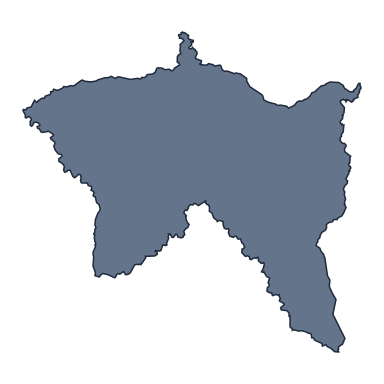 the district of Sant'Ana do Livramento, Rio Grande do Sul, Brazil
{"feature_id": "56859067B62565689468111", "entity_name": "Sant'Ana do Livramento", "entity_type": "district", "adm_level": 2, "iso_a3": "BRA", "parent_name": "Brazil", "parent_adm1": "Rio Grande do Sul", "projection": "robinson", "projection_center": [-55.556, -30.804], "detail": "fine", "context": "isolated", "style": "filled", "palette": "slate", "viewbox_px": 384, "rotation_deg": 0, "n_neighbors": 0, "source": "geoboundaries", "source_scale": "gbopen_adm2", "svg_char_len": 5882}
<svg xmlns="http://www.w3.org/2000/svg" viewBox="0 0 384 384"><path d="M350.8,168.0L350.4,166.6L349.1,165.9L348.7,163.7L349.7,163.1L350.1,159.2L349.7,158.4L350.7,156.3L344.7,151.7L344.5,148.8L346.2,145.9L345.7,144.6L344.4,143.4L342.4,143.3L340.1,140.6L340.4,139.5L339.8,138.5L341.6,136.2L341.3,134.5L343.2,132.0L343.9,124.9L342.0,125.0L342.2,124.0L340.6,123.6L340.2,121.4L342.7,118.5L342.5,116.5L343.2,115.7L342.4,115.2L344.0,112.8L344.4,107.5L340.8,103.1L340.2,100.9L343.3,99.3L345.7,100.8L346.0,101.8L346.9,100.4L346.5,99.7L347.2,99.5L351.7,102.1L353.7,100.5L353.3,99.4L358.0,97.3L357.8,95.1L359.3,92.6L360.0,89.3L361.0,88.4L360.9,86.8L360.0,85.6L360.1,83.5L359.1,83.3L358.1,84.3L356.2,88.3L353.6,90.4L353.5,91.6L350.0,92.0L344.4,88.2L343.2,85.4L338.6,82.5L330.0,82.0L325.9,83.9L325.1,85.1L321.0,86.0L314.4,92.1L311.9,92.7L309.9,96.2L306.6,99.1L304.6,99.4L302.0,101.2L299.6,100.9L297.2,101.9L294.4,105.2L292.0,106.6L288.4,108.1L286.6,106.2L280.5,105.1L277.4,105.4L275.7,104.1L268.6,102.3L264.0,100.2L262.7,95.8L261.6,94.5L249.8,86.7L246.7,81.0L246.7,78.4L240.3,73.8L235.5,73.0L234.5,73.7L227.4,71.1L224.7,71.3L222.3,69.9L220.8,65.7L219.8,65.1L214.4,66.1L213.2,64.7L208.7,63.6L206.5,65.2L200.4,64.7L199.8,64.1L201.3,62.8L201.4,60.7L195.9,58.7L195.3,57.8L197.1,53.7L196.7,51.4L195.1,50.6L195.2,49.5L193.5,48.9L192.6,47.4L191.0,48.9L189.1,48.5L188.9,47.3L191.5,45.3L191.8,44.0L191.0,42.1L193.2,42.1L193.3,40.4L189.3,39.4L187.9,36.9L188.7,35.6L184.5,32.6L183.4,33.1L182.7,32.0L181.0,32.8L181.3,34.0L180.7,34.5L178.7,34.7L178.6,35.8L179.7,36.9L179.4,38.2L182.3,38.6L184.0,40.8L180.0,44.7L180.4,46.7L179.9,50.8L180.8,53.9L178.8,54.6L177.4,56.4L177.2,61.4L177.5,62.5L178.6,62.5L179.6,65.0L174.4,68.1L174.2,69.2L172.6,70.4L171.5,70.9L169.3,69.2L164.9,69.7L162.1,68.1L157.9,67.8L156.7,68.4L155.2,72.3L152.5,74.0L147.2,74.6L145.5,77.0L144.1,77.6L141.9,77.3L140.4,79.1L137.7,78.3L130.5,79.4L118.8,76.8L116.8,77.3L116.2,78.3L114.9,78.2L111.2,76.3L108.3,77.7L105.1,77.7L98.0,79.8L96.3,81.0L90.7,81.9L84.6,81.2L82.6,80.1L81.3,80.4L73.7,86.0L70.7,85.6L66.7,86.9L63.7,86.5L62.5,88.1L57.7,90.4L53.6,89.2L52.7,91.5L50.7,91.7L50.6,94.0L49.9,94.6L45.3,96.1L44.2,98.3L42.0,98.2L38.1,100.8L37.5,102.0L36.6,102.3L34.5,100.3L31.1,107.0L27.1,107.9L25.7,109.9L23.3,109.5L23.0,110.7L25.4,115.1L25.2,117.5L26.5,117.9L28.9,116.4L30.8,118.2L31.4,119.8L30.2,121.3L30.2,125.2L31.5,126.2L32.3,125.7L34.1,122.4L37.0,122.2L39.7,124.3L39.7,125.6L37.1,126.7L37.6,128.3L39.5,129.0L40.8,131.8L42.7,132.4L48.8,131.3L53.6,134.7L53.3,135.6L50.4,137.7L51.0,139.1L54.7,142.1L54.9,143.6L53.8,146.1L55.2,150.1L58.2,153.8L61.3,154.6L62.1,155.6L61.8,156.6L58.9,158.7L58.9,161.4L62.4,163.6L64.0,165.6L64.3,166.8L63.6,169.9L64.5,172.1L66.7,171.8L67.6,170.3L70.1,170.3L72.8,176.3L74.3,177.6L75.2,177.5L78.8,174.2L80.5,175.1L81.1,177.5L80.5,181.0L81.4,182.9L87.4,183.1L88.3,185.6L91.3,186.4L91.8,187.5L91.0,190.2L93.3,191.4L94.1,192.6L93.1,195.3L93.5,196.2L95.2,196.8L96.6,202.7L98.9,204.4L100.1,208.5L99.9,210.6L98.0,212.9L95.5,219.3L94.9,224.8L96.0,227.8L94.9,229.3L94.8,232.4L93.8,233.5L93.9,234.6L95.0,235.2L94.3,237.3L94.8,241.4L95.9,243.6L94.9,245.0L95.6,246.4L93.2,251.9L93.0,254.1L93.7,257.1L93.0,265.8L95.4,272.7L95.0,275.7L99.4,277.0L101.0,274.7L103.0,273.5L108.1,274.7L114.4,277.7L115.4,277.4L116.8,274.4L118.4,273.6L119.8,274.2L123.5,271.5L125.5,274.7L127.9,274.4L130.3,272.9L134.5,265.1L136.4,264.4L141.1,264.5L141.0,263.6L142.0,263.2L145.7,257.8L145.4,256.3L154.7,256.0L157.3,254.3L157.0,252.3L155.3,251.3L155.6,250.5L159.4,251.1L160.9,250.6L162.7,245.0L165.7,245.6L167.0,244.8L166.4,243.8L168.6,238.3L168.1,236.8L169.0,234.8L168.4,234.0L170.1,233.9L171.8,237.3L173.5,237.4L175.9,234.2L177.2,234.6L177.6,236.8L180.8,237.9L183.0,237.3L183.5,235.5L184.3,235.4L184.7,234.2L183.8,231.4L185.4,229.0L187.7,227.6L189.1,224.4L187.7,223.0L186.3,219.9L185.7,216.4L186.4,215.9L183.8,212.7L184.8,210.7L185.4,209.9L187.0,210.5L188.4,208.1L188.0,207.3L190.4,204.6L192.9,205.0L194.4,203.4L195.2,203.5L198.5,205.6L205.6,200.9L205.4,202.8L207.2,204.6L208.5,204.8L209.5,207.3L209.3,211.3L211.8,212.9L213.7,217.8L217.0,220.6L217.3,221.6L219.1,220.4L223.0,221.5L223.5,222.4L223.0,223.1L223.2,224.8L224.1,227.9L226.0,229.1L228.5,228.7L229.1,229.5L228.4,232.4L229.7,236.1L233.3,237.4L235.0,236.2L236.5,236.6L237.9,239.0L240.6,239.1L241.8,242.8L242.8,243.3L244.7,246.9L243.0,249.1L242.1,249.0L241.8,252.6L245.3,256.4L247.5,255.8L249.5,257.0L249.9,259.2L251.0,259.7L254.4,257.7L256.3,258.4L257.9,257.1L258.6,258.4L258.3,260.5L259.4,261.9L260.5,262.1L260.8,263.1L261.8,263.4L263.7,262.7L264.3,264.3L263.3,268.5L261.5,271.8L263.2,272.4L263.9,271.8L266.5,276.5L269.6,277.9L268.3,281.9L268.2,283.2L269.3,284.4L269.0,286.3L267.3,287.6L267.0,291.3L269.9,292.9L271.7,292.8L272.3,295.4L273.5,295.6L275.3,294.4L277.4,295.1L279.2,294.7L279.3,296.8L280.5,298.6L279.5,299.9L279.5,301.1L284.0,303.7L284.2,304.6L280.6,307.7L281.3,309.9L286.5,310.6L287.7,311.3L289.3,314.0L288.9,315.7L289.4,316.6L290.1,316.4L290.0,326.5L290.4,327.5L292.1,328.4L292.3,330.4L293.6,329.8L298.9,331.1L301.7,330.7L306.7,332.1L307.6,333.0L310.2,333.3L311.4,335.0L311.7,337.8L313.5,337.8L314.6,340.2L321.9,343.4L322.4,346.1L325.7,344.7L327.1,346.4L331.0,348.4L334.4,351.6L338.1,352.0L338.8,351.9L337.8,349.8L338.6,349.2L338.4,346.8L342.5,344.2L344.9,338.4L332.9,314.3L336.0,299.5L332.7,293.9L329.3,286.5L329.9,280.1L327.5,275.9L324.8,257.4L324.1,256.8L323.8,254.6L321.0,251.4L319.9,248.2L316.0,245.5L316.7,243.0L317.7,242.1L318.0,239.6L319.8,237.8L320.2,235.4L321.8,232.5L325.6,230.0L326.6,227.5L326.4,224.6L328.6,222.7L332.7,221.6L333.5,219.6L337.3,219.5L337.7,218.1L341.8,216.0L343.4,213.5L346.1,207.3L344.4,204.6L345.0,204.1L344.4,202.6L345.6,198.9L344.3,194.9L344.8,191.8L344.0,191.0L343.5,188.7L344.9,185.9L347.2,183.4L347.6,180.9L346.7,180.4L346.0,178.7L348.8,173.4L348.8,171.1L349.7,171.3L350.0,168.9L350.8,168.0Z" fill="#64748b" stroke="#1e293b" stroke-width="1.5"/></svg>